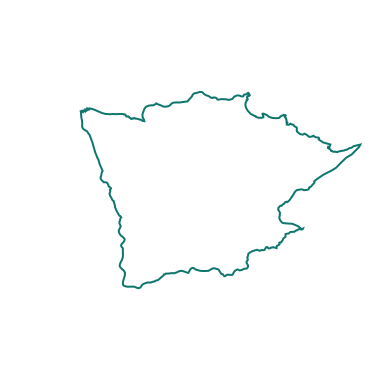 Padang Lawas, Sumatera Utara, Indonesia (Natural Earth projection), rotated 294°
{"feature_id": "22746128B18337582481574", "entity_name": "Padang Lawas", "entity_type": "district", "adm_level": 2, "iso_a3": "IDN", "parent_name": "Indonesia", "parent_adm1": "Sumatera Utara", "projection": "natural_earth1", "projection_center": [99.825, 1.157], "detail": "fine", "context": "isolated", "style": "outline", "palette": "teal", "viewbox_px": 384, "rotation_deg": 294, "n_neighbors": 0, "source": "geoboundaries", "source_scale": "gbopen_adm2", "svg_char_len": 6068}
<svg xmlns="http://www.w3.org/2000/svg" viewBox="0 0 384 384"><g transform="rotate(294 192 192)"><path d="M203.7,308.2L202.9,307.5L202.7,307.1L203.9,302.5L203.8,296.7L201.3,289.9L200.7,287.6L200.7,286.7L201.7,284.5L203.6,282.4L205.2,281.9L206.1,281.9L207.1,281.2L208.5,281.1L210.1,279.3L210.9,277.9L212.8,277.4L215.1,278.2L215.4,278.4L215.8,279.4L217.1,279.8L219.0,281.0L220.7,281.3L221.5,282.3L221.4,283.0L222.7,283.8L224.1,284.4L230.5,285.6L233.4,285.9L235.5,286.5L236.5,287.1L238.8,290.6L239.3,292.1L239.2,292.8L239.3,293.7L240.2,295.4L241.2,296.9L242.9,297.6L243.8,297.2L245.5,298.6L247.3,299.0L249.8,300.0L250.7,299.9L251.4,299.3L251.8,299.4L253.8,300.4L261.1,304.9L269.3,311.5L272.9,313.8L279.7,316.3L286.4,319.1L291.2,322.6L301.2,326.4L303.8,326.5L299.6,321.0L297.4,319.8L296.2,318.1L293.8,316.4L292.6,314.7L291.8,314.1L290.6,312.2L288.7,309.6L287.7,308.6L287.1,307.1L287.1,306.2L286.4,305.3L286.2,304.0L286.5,303.4L286.1,302.4L287.2,301.1L287.2,299.9L287.6,298.2L288.0,298.0L288.8,298.0L289.1,299.3L291.7,299.1L290.6,291.6L291.5,286.4L292.8,286.3L293.2,285.6L292.3,282.7L292.8,280.0L291.8,279.2L291.7,279.3L290.2,277.1L290.1,276.1L290.8,273.9L291.1,271.4L290.9,270.9L289.7,270.1L289.3,269.5L288.9,267.3L289.4,264.9L290.0,263.3L291.4,262.3L292.8,262.0L293.3,261.6L293.6,261.1L293.7,258.8L294.0,258.1L294.7,257.4L294.3,255.6L294.4,254.1L292.8,253.1L292.4,252.2L292.2,251.1L292.9,251.0L293.5,250.4L294.1,250.8L294.6,249.8L295.1,249.8L295.4,249.4L296.4,248.7L296.5,248.8L297.0,248.4L297.2,247.7L298.0,247.4L298.3,246.4L298.7,245.9L299.6,246.5L300.0,246.5L300.2,246.2L299.7,244.3L298.7,243.6L298.1,242.8L296.8,242.0L295.7,241.9L295.1,241.5L293.7,239.0L292.4,235.6L292.0,232.2L292.7,228.8L292.7,225.8L292.4,224.8L292.0,224.6L291.7,224.7L291.1,225.6L289.5,226.8L289.2,226.8L288.9,226.2L288.2,225.6L286.8,222.3L286.7,220.4L286.7,219.8L287.2,219.1L286.9,217.6L287.2,215.6L287.1,214.5L287.4,213.4L288.9,209.9L290.8,207.2L292.9,205.5L294.3,205.0L296.0,204.6L298.1,204.9L298.3,204.6L298.9,205.2L299.2,205.2L299.6,205.0L299.6,204.6L300.8,204.0L301.0,203.6L301.5,203.7L302.7,204.3L302.8,204.8L303.3,205.3L303.9,205.4L304.3,204.5L305.1,204.2L305.4,203.0L305.0,202.7L304.5,202.9L304.1,202.2L303.5,202.2L302.1,199.9L300.3,199.9L300.1,199.7L299.4,198.2L299.4,196.3L299.2,195.6L298.8,194.4L297.8,193.1L296.0,191.7L293.4,191.0L291.0,188.0L290.6,185.5L289.4,182.8L289.3,181.9L286.9,178.2L287.0,177.2L287.7,176.2L287.7,174.9L287.3,173.5L286.5,172.9L286.6,172.5L285.8,171.4L286.4,168.1L286.1,165.1L286.6,162.4L287.0,161.9L287.3,161.0L287.2,159.9L286.4,158.2L283.9,155.4L283.5,154.4L282.8,153.8L281.3,153.1L279.1,153.0L272.9,151.0L268.4,143.7L267.5,141.4L267.2,141.4L267.5,141.3L265.8,138.3L264.9,137.6L261.8,136.4L260.4,135.0L259.6,133.9L259.0,132.8L258.4,130.8L258.5,128.1L258.2,124.7L258.4,123.3L257.8,123.2L255.4,121.4L254.8,119.8L254.0,118.5L253.1,117.2L251.2,115.3L248.7,114.7L243.8,115.0L242.4,115.3L240.5,116.3L238.4,118.8L237.3,119.6L236.9,118.0L236.9,116.9L237.3,116.4L237.4,115.8L236.8,114.7L236.8,113.5L236.4,111.2L236.0,110.5L236.1,109.3L235.7,109.1L235.6,108.3L234.9,108.1L234.0,106.8L234.5,105.9L234.4,104.6L235.0,103.9L235.2,103.2L235.0,102.5L234.3,101.7L234.3,101.2L235.3,100.1L235.6,99.0L235.1,98.5L235.2,97.5L234.3,95.0L232.8,92.2L231.1,88.1L229.6,85.3L228.1,81.1L227.6,77.9L227.4,68.1L227.0,65.5L226.4,64.3L225.3,64.9L225.8,64.3L225.2,64.3L225.2,64.0L225.8,63.6L225.7,63.4L225.2,63.6L225.0,63.3L225.5,62.8L225.6,62.5L224.5,62.9L223.6,62.7L223.7,62.4L224.4,62.5L224.7,62.2L223.6,62.0L223.9,61.9L223.8,61.3L224.0,61.2L224.0,60.9L223.0,61.2L222.3,61.1L222.4,59.8L222.2,59.6L221.7,60.1L220.6,60.0L220.6,59.5L221.6,59.5L221.9,59.1L221.5,58.4L221.0,58.3L220.5,57.5L219.6,58.2L215.5,60.3L212.8,62.3L209.7,64.0L207.7,64.7L206.2,65.7L205.3,67.3L204.7,71.6L203.1,73.9L202.7,75.0L196.6,81.0L189.0,87.3L185.2,91.2L183.0,93.8L179.8,96.4L174.9,101.8L173.6,101.5L169.6,102.5L168.3,102.5L167.5,102.8L166.8,103.4L166.0,104.7L165.0,107.5L165.6,108.6L165.9,110.3L165.8,110.8L165.2,111.8L163.2,113.7L162.8,115.9L162.2,116.6L161.7,116.6L160.8,116.1L159.4,117.1L156.9,117.3L155.2,118.7L154.1,120.5L152.6,122.1L152.1,123.0L151.8,124.3L150.7,124.9L149.4,126.2L146.5,128.2L144.1,130.7L140.8,135.3L140.9,135.6L140.8,136.4L140.0,137.7L139.1,137.4L138.0,137.4L136.7,137.9L135.8,137.7L135.3,137.9L133.7,138.6L131.8,140.7L130.9,140.9L127.6,140.7L125.9,141.3L124.4,142.8L123.4,144.5L122.6,147.6L121.6,149.6L121.2,149.9L119.5,150.0L118.2,149.8L117.4,149.4L115.3,148.8L114.1,149.1L113.1,150.2L112.8,151.2L112.1,151.9L105.7,154.8L103.4,155.5L100.9,155.6L98.7,155.4L96.1,155.6L95.3,155.9L94.7,156.3L93.9,157.4L93.5,158.7L92.8,160.2L92.7,161.2L91.2,163.5L88.5,164.6L83.4,165.2L81.2,165.7L79.3,166.6L78.6,168.0L79.1,171.3L82.0,177.6L82.1,181.3L82.6,182.6L83.8,183.7L87.0,184.3L88.5,185.2L91.3,188.2L92.4,191.0L94.3,193.0L94.8,193.9L96.1,194.8L97.9,196.9L104.1,199.8L105.5,200.0L105.7,200.8L106.7,201.2L107.1,201.8L107.7,203.3L109.7,206.6L110.6,208.9L112.6,211.0L114.3,212.3L115.7,214.4L116.0,215.4L116.5,221.4L117.1,221.6L120.7,221.9L121.8,222.4L122.8,223.2L123.2,224.7L122.7,226.4L122.8,228.0L123.3,231.4L124.3,234.3L126.6,239.0L130.5,241.9L131.5,243.5L131.7,245.7L132.0,246.9L131.9,247.8L129.5,251.4L129.1,252.3L129.4,253.5L128.2,255.7L128.6,256.5L130.5,257.5L130.9,258.0L131.8,260.6L132.6,262.4L133.0,262.6L136.6,263.0L138.0,263.6L139.5,264.8L139.9,265.6L139.7,267.1L139.8,267.5L141.1,269.3L142.9,270.6L144.2,273.0L145.1,273.4L146.5,273.6L147.3,273.3L148.4,272.2L149.5,270.7L150.5,270.2L152.8,270.6L154.8,269.1L156.6,269.1L158.6,268.6L159.7,269.2L162.1,270.8L165.7,274.9L165.8,277.8L167.4,279.2L167.8,280.7L168.3,281.6L168.7,281.8L171.7,282.2L172.1,282.6L172.3,283.3L171.8,284.2L171.7,285.1L172.3,286.2L173.8,287.3L174.0,288.0L174.6,288.6L175.1,292.0L176.0,291.5L176.8,291.7L177.4,291.5L179.5,293.2L180.2,293.0L181.1,292.3L181.4,292.5L182.0,293.8L182.3,294.0L183.6,294.0L184.4,294.4L186.9,294.4L188.9,295.6L191.6,294.6L192.4,295.5L193.3,297.1L195.5,298.2L197.4,301.8L199.2,302.7L199.6,303.5L201.8,305.0L202.4,307.6L203.0,308.2L203.7,308.2Z" fill="none" stroke="#0f766e" stroke-width="2"/></g></svg>